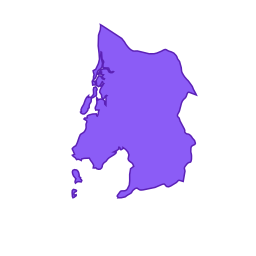 an SVG outline of Kaôh Kong, rotated 29°
{"feature_id": "KHM-1779", "entity_name": "Kaôh Kong", "entity_type": "Province", "adm_level": 1, "iso_a3": "KHM", "parent_name": "Cambodia", "parent_adm1": "", "projection": "orthographic", "projection_center": [103.349, 11.344], "detail": "fine", "context": "isolated", "style": "filled", "palette": "violet", "viewbox_px": 256, "rotation_deg": 29, "n_neighbors": 0, "source": "natural_earth", "source_scale": "10m", "svg_char_len": 5698}
<svg xmlns="http://www.w3.org/2000/svg" viewBox="0 0 256 256"><g transform="rotate(29 128 128)"><path d="M69.7,94.8L71.3,92.3L70.9,86.0L69.7,81.7L66.7,77.0L62.1,70.6L57.2,61.1L56.2,55.6L54.5,51.8L53.8,51.0L55.5,51.0L79.1,52.7L83.3,54.5L85.5,55.8L88.2,57.0L90.9,57.9L92.9,58.2L94.7,58.2L96.0,57.8L98.8,56.1L100.5,55.6L110.6,52.8L114.8,50.4L116.9,48.5L120.0,44.6L121.4,42.4L122.4,41.3L123.3,41.0L126.1,41.0L129.1,40.4L131.8,40.3L134.7,41.2L135.5,41.6L136.3,42.1L137.5,43.2L138.1,43.6L140.7,44.8L141.0,45.0L145.3,49.4L147.1,52.0L147.9,52.9L148.8,53.6L151.1,55.0L152.9,55.9L155.9,57.0L157.7,57.5L159.5,58.3L159.9,58.5L163.1,60.0L164.2,60.6L166.5,62.5L170.6,65.1L171.8,66.0L164.2,67.1L163.7,67.3L163.5,67.5L163.3,67.7L163.2,68.1L163.1,68.8L163.2,69.7L163.3,70.5L163.5,71.3L163.6,72.3L163.6,73.6L162.9,75.7L162.6,77.1L162.5,78.3L162.7,80.3L164.7,88.1L164.8,89.2L164.8,91.1L164.8,92.0L165.0,92.7L165.3,93.3L165.6,93.7L166.0,93.9L167.0,94.3L167.9,94.5L170.1,96.6L177.6,101.5L178.7,102.4L179.5,103.8L179.9,104.2L180.3,104.4L181.8,104.7L182.3,104.6L183.4,104.2L184.3,104.0L185.5,104.1L187.4,104.6L189.3,105.6L192.3,106.7L194.3,108.6L194.4,109.2L194.4,110.0L193.2,111.7L192.5,113.1L192.5,114.0L192.7,114.9L194.3,118.1L194.7,118.7L196.1,120.2L197.1,121.6L198.6,124.4L199.1,125.9L199.3,127.0L199.1,127.6L198.7,128.0L197.9,128.8L197.4,129.7L197.0,130.9L196.6,133.4L196.5,134.6L196.6,135.3L196.9,136.0L197.1,136.3L198.1,137.3L198.8,138.2L202.2,148.0L198.5,148.8L198.1,149.0L197.5,149.4L196.8,152.1L196.7,152.3L193.6,157.8L192.1,159.7L191.6,159.9L190.4,160.4L189.6,160.3L188.7,160.1L188.0,159.7L187.2,159.4L186.7,159.6L186.1,159.9L185.1,160.9L180.4,166.9L171.2,174.8L169.4,176.0L168.6,176.3L167.8,176.4L167.3,176.4L165.0,176.2L164.4,176.7L163.7,177.4L162.9,179.2L162.6,180.1L162.4,180.9L162.4,182.3L162.3,183.2L162.1,183.6L161.8,184.2L160.2,186.8L159.4,188.4L159.3,188.8L159.1,189.3L158.6,189.9L156.0,192.2L153.1,193.9L153.1,193.4L151.7,193.0L151.4,192.3L152.0,187.5L152.3,186.7L153.2,185.9L154.5,185.2L155.8,184.3L156.8,182.8L157.0,181.5L156.8,177.3L155.1,173.4L152.0,167.9L150.0,162.4L151.6,158.7L149.5,157.1L148.5,156.7L145.3,156.3L144.0,155.8L143.0,154.9L141.8,151.0L139.4,149.0L136.3,147.9L133.1,147.5L133.3,147.9L133.3,148.0L133.8,148.2L132.4,150.5L131.6,150.5L131.1,149.7L130.7,149.4L129.4,149.1L129.4,149.7L130.0,151.1L129.3,152.7L127.2,155.8L129.4,154.8L129.6,156.0L128.8,158.0L126.0,163.0L125.3,165.0L125.0,167.5L123.8,170.3L123.6,171.6L123.6,172.7L124.2,174.4L124.3,175.7L123.7,177.4L122.2,178.4L120.5,178.8L119.1,178.4L118.6,178.9L118.1,179.2L116.9,179.8L116.0,177.2L113.7,175.7L111.0,174.5L108.8,173.1L104.4,175.8L102.5,177.5L102.9,179.1L101.4,179.1L100.1,179.3L99.1,179.8L98.4,180.6L96.3,179.6L93.8,179.3L92.5,178.8L94.0,176.9L90.7,174.3L89.9,173.9L89.2,173.0L89.7,171.1L90.6,169.3L91.0,168.9L90.8,165.5L89.8,159.9L89.5,156.9L89.9,155.9L90.6,154.7L91.4,153.2L91.7,151.2L91.6,149.4L91.2,148.0L89.5,145.2L89.3,144.4L89.2,143.5L89.0,142.6L88.5,141.8L87.8,141.6L85.6,141.6L85.1,141.5L85.3,140.3L86.6,139.5L87.5,138.8L86.6,137.7L86.6,137.0L87.4,135.7L90.3,132.9L93.4,131.0L94.8,132.5L95.4,132.5L95.3,130.8L94.3,128.0L94.0,126.4L92.5,127.1L91.8,127.4L91.1,128.0L89.7,126.6L89.3,125.4L89.3,124.0L88.9,121.9L88.2,120.3L86.6,118.0L85.9,116.6L86.8,116.9L87.1,116.9L87.2,117.2L87.4,118.2L88.1,118.2L88.8,117.0L89.9,116.0L91.3,115.4L92.9,115.2L94.4,115.8L96.1,118.4L97.7,118.9L94.3,112.5L93.3,111.4L93.8,110.3L94.0,109.9L93.3,109.9L93.1,110.3L92.6,111.4L93.0,112.3L92.8,113.3L92.1,114.1L91.1,114.4L90.0,113.8L88.8,111.9L85.9,110.4L85.1,108.1L85.0,105.3L85.2,103.1L84.4,103.9L84.8,101.6L85.2,100.8L84.2,100.8L83.6,100.5L83.0,99.3L83.0,103.1L82.8,104.8L82.2,106.1L81.5,106.1L80.3,105.7L78.8,106.1L77.3,106.8L76.3,107.6L74.1,104.5L76.3,103.1L76.8,103.8L78.5,105.4L79.3,105.4L78.9,104.3L77.7,102.8L77.1,101.6L77.1,97.1L78.3,95.9L79.8,96.4L81.6,97.3L83.6,97.1L83.6,96.3L82.3,96.4L81.2,96.1L80.4,95.5L80.0,94.8L80.0,94.1L80.8,94.1L80.8,93.3L79.6,93.8L79.3,94.1L78.5,94.1L78.4,93.2L77.8,91.8L77.1,91.8L77.1,94.1L76.3,93.3L76.3,95.6L75.6,95.6L75.8,92.6L76.4,90.3L77.5,88.6L79.3,87.3L80.4,86.8L81.3,86.6L82.2,86.8L83.3,87.7L84.6,88.3L86.2,88.0L87.5,87.1L88.1,85.8L87.5,85.8L86.5,87.2L85.0,87.1L83.4,86.2L82.2,85.1L81.5,85.1L77.1,87.3L76.5,86.6L75.7,85.3L75.1,83.7L74.9,82.4L74.3,81.5L71.8,80.2L68.2,74.6L67.5,74.6L69.1,78.1L74.3,83.7L75.6,87.3L75.4,89.1L74.1,92.4L74.1,94.1L75.2,98.8L75.1,100.7L74.1,103.1L73.9,101.7L72.9,99.7L72.6,98.2L72.2,97.5L70.3,95.6L69.7,94.8ZM82.9,126.4L83.4,127.7L84.0,128.6L84.2,129.4L83.6,130.2L84.2,131.7L84.1,133.7L83.6,135.7L82.9,137.0L81.5,137.7L79.7,137.7L78.7,137.1L79.2,136.2L78.1,135.0L77.7,132.7L77.8,128.7L77.0,124.0L77.0,121.3L77.8,118.9L78.0,119.4L78.3,119.9L78.5,120.4L79.7,119.4L80.7,119.3L81.6,119.9L82.9,122.7L83.0,123.9L82.8,125.0L82.9,126.4ZM110.9,195.3L111.4,195.7L112.3,195.8L113.1,196.3L113.2,197.9L111.8,198.4L110.5,199.0L109.5,200.0L108.8,201.7L107.8,200.9L107.4,199.6L107.1,198.4L106.9,197.9L107.0,197.7L103.5,196.3L101.9,195.0L100.6,193.4L100.3,191.8L101.3,190.4L103.5,189.6L105.3,190.1L106.8,191.3L108.0,192.7L108.3,193.0L108.5,193.8L108.8,194.2L109.4,194.3L110.1,194.3L110.7,194.4L110.9,195.3ZM82.2,110.6L82.8,111.7L84.0,113.5L84.4,114.4L84.4,115.2L83.9,116.0L82.7,118.3L82.2,118.9L81.1,118.8L81.1,117.7L81.5,115.2L80.5,113.4L79.1,111.3L78.5,109.3L79.9,107.6L81.8,108.7L82.2,109.1L82.5,109.7L82.4,110.2L82.3,110.6L82.2,110.6ZM114.9,211.4L115.1,211.5L115.4,211.9L115.4,212.7L115.0,213.5L114.5,214.7L113.7,215.7L112.6,214.9L110.4,211.5L109.6,209.7L110.0,208.2L111.5,207.7L112.7,207.5L113.3,207.7L113.5,208.5L112.5,210.0L112.4,210.5L112.4,211.1L112.6,211.9L113.1,212.5L113.9,212.5L114.6,211.9L114.9,211.4Z" fill="#8b5cf6" stroke="#5b21b6" stroke-width="1.5"/></g></svg>